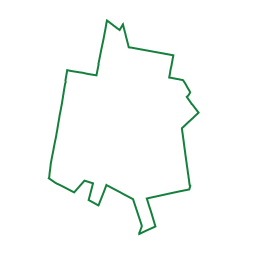 the district of Galicea Mare, Dolj, Romania, rotated 99°
{"feature_id": "2599482B6408106224849", "entity_name": "Galicea Mare", "entity_type": "district", "adm_level": 2, "iso_a3": "ROU", "parent_name": "Romania", "parent_adm1": "Dolj", "projection": "robinson", "projection_center": [23.315, 44.096], "detail": "fine", "context": "isolated", "style": "outline", "palette": "green", "viewbox_px": 256, "rotation_deg": 99, "n_neighbors": 0, "source": "geoboundaries", "source_scale": "gbopen_adm2", "svg_char_len": 3896}
<svg xmlns="http://www.w3.org/2000/svg" viewBox="0 0 256 256"><g transform="rotate(99 128 128)"><path d="M190.0,198.4L190.1,198.2L193.6,190.9L194.1,189.5L194.3,188.7L194.7,187.2L195.8,183.7L199.5,172.7L200.0,171.1L192.4,166.3L186.8,162.7L187.9,155.4L188.1,153.9L191.2,154.2L203.5,155.4L205.3,155.6L207.2,150.3L209.1,145.1L208.9,145.0L194.6,141.8L187.7,140.4L187.9,140.0L188.8,137.1L189.6,134.9L192.9,125.1L194.0,122.2L196.8,113.9L197.4,112.3L197.5,111.9L221.1,99.7L222.7,99.0L223.0,99.0L223.6,99.1L224.6,99.3L227.7,99.9L229.0,100.2L230.0,100.5L230.9,100.3L226.5,93.9L221.0,85.5L209.7,90.9L206.2,92.6L201.4,95.1L198.7,96.4L194.7,98.4L192.7,93.4L189.7,85.6L186.0,76.2L182.8,67.9L179.1,57.9L175.2,57.4L175.1,57.5L175.0,57.8L175.0,58.0L174.9,58.1L174.4,58.3L173.6,58.5L172.4,58.9L171.8,59.1L171.2,59.2L170.3,59.5L169.2,59.8L168.1,60.2L167.1,60.5L166.0,60.8L164.9,61.1L163.9,61.5L162.9,61.8L161.8,62.1L160.8,62.4L159.8,62.7L158.8,63.0L157.9,63.3L156.9,63.6L156.0,63.9L155.0,64.2L154.9,64.2L154.2,64.4L153.6,64.6L153.0,64.8L152.3,65.0L151.6,65.2L151.0,65.4L150.3,65.6L149.7,65.8L149.0,66.0L148.4,66.2L147.7,66.4L147.1,66.6L146.4,66.8L145.8,67.0L145.1,67.2L144.5,67.4L143.9,67.6L143.2,67.7L142.6,67.9L142.0,68.1L141.4,68.3L140.7,68.5L140.1,68.7L139.5,68.9L138.9,69.1L138.3,69.2L137.7,69.4L137.1,69.6L136.5,69.8L135.9,69.9L135.3,70.1L134.8,70.3L134.1,70.5L133.5,70.6L132.9,70.8L132.2,71.0L131.6,71.2L131.0,71.4L130.4,71.6L129.8,71.7L129.3,71.9L128.7,72.1L128.1,72.3L127.5,72.5L126.9,72.6L126.3,72.8L125.7,73.0L125.1,73.2L124.6,73.3L124.0,73.5L123.5,73.7L122.2,74.0L121.7,74.2L120.8,74.5L120.7,74.5L120.4,74.6L120.2,74.6L119.9,74.7L119.6,74.6L119.2,74.3L118.9,74.0L118.6,73.8L118.3,73.5L118.0,73.2L117.6,73.0L117.3,72.8L117.0,72.5L116.7,72.3L116.4,72.0L116.1,71.8L115.7,71.5L115.2,71.2L114.8,70.8L114.2,70.4L113.7,70.0L113.2,69.6L112.6,69.2L112.1,68.7L111.6,68.3L111.1,67.9L110.7,67.6L110.2,67.2L109.8,66.9L109.3,66.5L108.8,66.1L108.4,65.7L107.9,65.4L107.4,65.0L106.9,64.6L106.4,64.3L105.9,63.9L105.4,63.5L105.0,63.2L104.5,62.8L104.0,62.4L103.6,62.0L103.1,61.7L102.7,61.3L102.2,61.0L101.8,60.7L96.6,66.2L96.1,66.7L95.0,67.8L94.7,68.2L94.6,68.4L94.5,68.7L94.4,68.7L88.1,74.8L87.9,74.6L87.7,74.5L87.7,74.4L87.3,74.2L87.1,74.0L86.9,73.9L86.7,73.7L86.2,73.4L85.8,73.2L85.5,73.1L85.3,73.0L85.0,72.9L84.8,72.8L84.5,72.7L84.3,72.6L84.0,72.5L83.8,72.4L83.5,72.3L83.3,72.2L83.2,72.2L82.1,72.8L78.7,75.6L75.1,78.4L72.2,81.1L72.1,81.3L72.0,84.2L71.9,85.8L71.9,88.0L71.8,90.2L71.8,91.3L71.7,92.2L71.7,93.9L71.7,94.7L71.7,95.2L70.3,95.2L69.0,95.1L63.1,95.1L62.3,95.0L60.9,94.9L60.5,94.9L60.0,94.8L59.5,94.8L59.0,94.8L58.5,94.8L58.1,94.8L57.6,94.8L57.1,94.8L56.7,94.8L56.2,94.7L55.8,94.7L55.4,94.8L54.9,94.7L54.4,94.7L53.9,94.7L53.4,94.7L52.9,94.7L52.5,94.7L52.1,94.7L51.6,94.6L51.1,94.6L50.6,94.6L50.2,94.6L49.7,94.6L49.3,94.6L49.1,94.6L48.5,120.4L48.1,137.3L48.2,139.0L48.2,139.9L46.9,140.4L41.1,142.9L37.0,144.7L36.1,145.0L30.5,147.5L26.4,149.2L26.6,149.3L29.3,150.3L32.2,151.5L32.5,151.6L31.8,153.0L31.3,154.0L31.2,154.4L30.8,155.1L30.3,155.8L30.0,156.4L29.7,157.0L29.5,157.5L29.3,157.8L29.1,158.2L28.9,158.6L28.6,159.1L28.4,159.3L28.1,160.0L27.7,160.7L27.4,161.3L27.1,161.8L26.7,162.5L25.8,164.3L25.4,164.9L25.2,165.3L25.1,165.6L27.9,165.7L34.8,165.8L37.3,165.9L44.2,166.1L53.9,166.6L61.6,166.9L66.3,167.1L68.8,167.2L69.4,167.2L69.7,167.0L70.6,167.0L80.9,167.4L80.9,167.7L80.9,173.3L80.9,175.6L80.8,177.8L80.6,180.5L80.5,182.2L80.6,183.6L80.6,186.4L80.6,186.8L80.6,187.7L80.6,192.9L80.4,197.1L82.2,197.1L88.5,197.2L90.9,197.2L91.5,197.0L91.7,196.9L92.1,196.8L92.6,196.8L93.1,196.8L93.8,197.0L98.8,197.1L114.5,197.1L117.6,197.2L120.7,197.3L121.6,197.3L123.5,197.4L125.8,197.5L129.5,197.5L136.7,197.6L141.7,197.6L143.8,197.7L146.2,197.7L149.8,197.8L153.1,198.0L163.3,198.3L167.7,198.5L171.6,198.6L175.3,198.7L181.4,198.4L184.0,198.4L189.1,198.1L190.0,198.4Z" fill="none" stroke="#15803d" stroke-width="2"/></g></svg>